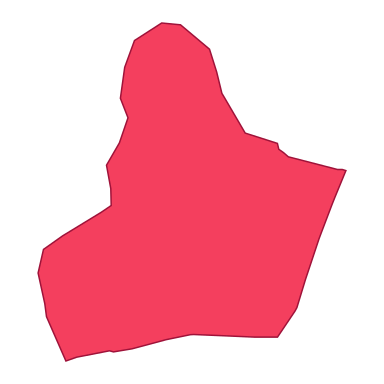 outline of Ngo-ketunjia, Nord-Ouest, Cameroon
{"feature_id": "32672807B14234433619225", "entity_name": "Ngo-ketunjia", "entity_type": "district", "adm_level": 2, "iso_a3": "CMR", "parent_name": "Cameroon", "parent_adm1": "Nord-Ouest", "projection": "natural_earth1", "projection_center": [10.486, 5.994], "detail": "fine", "context": "isolated", "style": "filled", "palette": "rose", "viewbox_px": 384, "rotation_deg": 0, "n_neighbors": 0, "source": "geoboundaries", "source_scale": "gbopen_adm2", "svg_char_len": 690}
<svg xmlns="http://www.w3.org/2000/svg" viewBox="0 0 384 384"><path d="M134.5,40.5L124.7,67.3L120.4,98.3L128.0,117.8L119.4,142.9L106.5,165.2L110.8,188.7L111.2,205.5L101.2,212.3L62.7,235.8L43.5,249.4L38.1,273.0L44.8,303.7L46.5,316.7L65.9,361.0L76.6,357.2L109.5,350.8L113.5,351.9L132.1,348.8L166.0,339.7L190.3,334.7L193.5,334.5L224.9,335.8L254.5,337.1L277.5,337.1L295.0,311.1L296.9,307.6L305.5,279.4L319.1,238.6L320.9,233.8L332.0,204.6L334.9,197.3L345.9,170.6L342.3,169.5L337.5,169.5L288.3,156.8L283.6,152.7L278.8,149.3L277.4,143.4L245.2,133.1L223.6,96.2L221.9,93.4L216.7,72.1L209.5,49.2L180.5,24.8L161.7,23.0L150.5,30.2L134.5,40.5Z" fill="#f43f5e" stroke="#9f1239" stroke-width="1.5"/></svg>